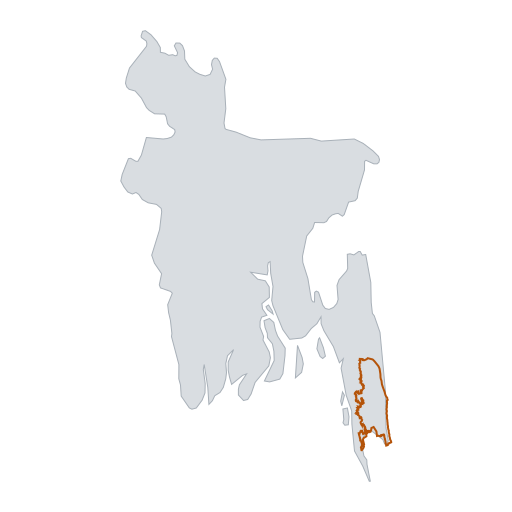 Bandarban, Chittagong, Bangladesh (highlighted)
{"feature_id": "16705992B23463827258150", "entity_name": "Bandarban", "entity_type": "district", "adm_level": 2, "iso_a3": "BGD", "parent_name": "Bangladesh", "parent_adm1": "Chittagong", "projection": "equal_earth", "projection_center": [92.198, 21.77], "detail": "fine", "context": "in_parent", "style": "outline", "palette": "amber", "viewbox_px": 512, "rotation_deg": 0, "n_neighbors": 0, "source": "geoboundaries", "source_scale": "gbopen_adm2", "svg_char_len": 9524}
<svg xmlns="http://www.w3.org/2000/svg" viewBox="0 0 512 512"><path d="M178.8,378.8L178.9,364.6L171.5,336.6L171.9,333.5L170.4,320.1L168.6,312.6L167.7,304.7L172.3,293.2L170.5,291.4L160.5,287.9L159.3,284.9L161.6,273.7L154.4,263.1L151.7,255.2L159.6,229.6L161.7,211.8L161.2,208.4L156.5,204.4L148.2,202.8L142.3,199.5L138.9,194.5L136.0,192.5L132.4,194.0L127.8,192.0L124.0,187.0L120.8,181.0L122.2,174.4L128.4,158.7L130.7,158.3L135.9,161.3L137.9,161.3L141.4,155.1L146.4,137.5L163.2,139.0L167.3,138.5L171.5,137.1L173.8,134.8L175.1,132.0L174.7,129.6L169.6,126.3L167.6,123.8L166.2,116.8L164.7,114.1L154.6,113.8L149.3,110.5L146.5,107.6L141.4,98.1L135.2,91.0L129.1,89.3L126.8,87.0L125.5,83.4L126.3,78.1L129.5,68.0L146.5,46.3L146.9,43.8L146.3,41.1L141.4,37.6L141.1,35.9L142.6,31.3L145.4,30.7L151.1,34.9L156.9,41.6L160.3,47.5L160.4,52.3L164.9,53.2L168.7,55.3L172.7,54.7L175.2,55.8L176.9,55.4L177.6,52.7L174.3,45.8L176.0,43.0L179.8,43.1L182.5,45.7L184.5,51.0L184.8,59.2L189.3,66.6L195.1,71.9L199.8,74.3L205.3,76.0L210.1,74.4L212.6,69.2L211.5,64.6L212.3,60.4L214.3,58.1L217.2,58.3L219.5,61.6L225.9,79.3L224.5,87.2L225.8,108.7L224.0,123.0L225.0,128.5L226.1,129.4L236.0,132.1L250.2,137.8L261.1,139.9L310.5,138.3L321.3,141.1L354.3,139.0L363.3,143.5L373.0,150.9L378.5,156.4L379.5,159.6L378.9,162.3L377.1,163.8L373.7,163.8L366.0,160.3L364.6,161.3L364.5,169.9L358.2,191.4L357.3,198.1L355.1,200.7L348.6,202.1L344.2,214.6L342.4,216.2L338.2,213.4L335.5,213.8L332.1,215.0L328.8,217.9L326.5,221.5L323.9,222.7L314.6,222.5L312.8,228.3L306.7,236.0L302.5,256.2L302.8,262.4L307.9,278.6L311.4,299.7L312.8,301.8L314.5,302.0L314.7,292.3L316.3,291.1L318.5,292.2L322.8,305.2L325.3,308.5L329.1,309.4L333.5,307.4L336.8,303.6L338.1,299.5L337.0,285.4L339.1,279.6L346.6,271.0L347.7,268.4L347.3,254.3L350.1,253.8L353.9,254.9L358.7,251.5L360.2,251.5L362.2,255.1L365.7,254.5L370.8,282.5L371.2,302.4L372.4,313.4L374.3,315.9L380.0,332.4L385.4,390.8L386.0,428.0L388.3,440.7L386.4,443.5L384.6,444.0L382.9,439.6L370.6,430.2L367.7,431.1L363.5,436.6L361.8,441.7L362.5,448.8L363.9,455.9L366.8,459.9L367.0,464.4L370.3,481.2L369.3,481.3L362.7,466.0L354.5,451.0L351.9,424.1L351.7,410.9L346.2,395.3L341.1,368.2L343.3,358.7L339.4,362.8L333.4,346.6L323.9,330.7L321.1,323.7L321.0,316.8L316.9,323.7L311.3,328.5L305.6,335.8L301.8,338.0L289.7,339.3L282.8,329.6L273.0,305.8L271.7,300.5L273.0,286.5L270.7,273.3L270.1,261.6L268.3,262.7L267.6,265.9L268.0,270.8L267.2,274.9L250.6,272.2L257.7,279.2L265.3,280.8L269.2,287.0L269.4,297.4L261.9,303.6L262.5,308.9L266.9,315.3L261.6,317.1L260.1,321.3L260.0,327.2L263.6,336.4L263.0,340.0L269.2,352.0L270.4,357.7L268.8,365.9L255.1,382.4L251.1,394.0L247.7,399.5L243.5,400.5L238.4,395.0L238.4,389.3L239.4,384.8L246.6,373.9L242.7,375.3L231.6,384.4L229.5,377.0L228.2,370.3L228.2,362.0L233.6,349.6L227.5,355.7L225.8,363.5L226.5,372.6L225.7,379.0L223.3,387.4L220.0,392.5L214.8,395.7L212.4,400.7L208.9,404.4L207.8,387.4L204.2,364.5L203.3,369.4L205.2,383.6L205.0,392.9L202.1,400.2L196.3,408.0L191.9,409.2L189.3,407.9L181.2,396.1L180.5,385.0L178.8,378.8ZM279.8,379.1L269.6,381.9L264.4,381.0L274.2,360.5L273.9,351.3L272.4,343.8L267.5,337.7L267.3,333.4L265.1,327.6L264.0,320.7L269.4,318.5L273.8,322.4L275.4,330.2L277.6,336.1L285.2,348.1L285.0,355.5L282.9,373.6L279.8,379.1ZM301.6,372.4L295.4,377.9L297.5,345.4L302.1,357.5L303.3,363.9L301.6,372.4ZM325.4,356.2L322.7,358.5L320.1,356.5L316.9,348.8L318.5,339.2L319.6,337.8L323.4,347.7L325.4,356.2ZM348.3,424.8L344.8,425.2L343.0,422.8L343.8,419.6L342.9,409.0L347.4,408.0L349.0,416.8L348.3,424.8ZM344.4,395.3L341.8,405.8L340.7,401.1L342.5,391.9L344.4,395.3ZM272.1,310.7L273.1,314.1L267.5,309.7L266.0,306.7L268.5,305.0L272.1,310.7Z" fill="#d9dde1" stroke="#a8b0b8" stroke-width="1"/><path d="M387.2,397.8L386.2,396.5L385.6,395.4L385.1,393.8L384.6,391.9L382.8,387.0L381.9,384.2L381.5,380.8L380.8,378.9L380.5,377.2L380.4,374.1L379.6,368.9L379.1,367.5L378.3,366.0L374.7,361.5L373.1,359.8L372.5,359.4L367.7,358.2L366.7,359.2L364.4,360.2L363.5,360.2L362.7,360.1L362.7,359.7L362.8,359.2L362.3,359.0L359.8,358.9L359.8,359.9L359.7,360.0L360.1,360.1L360.3,360.8L360.2,361.0L360.2,361.5L360.1,361.4L360.0,362.9L359.3,363.7L359.5,364.2L359.4,365.2L359.7,365.9L359.6,366.3L359.6,367.3L359.3,367.8L359.7,368.5L360.0,368.8L359.9,369.0L359.8,370.0L360.1,370.3L360.2,370.9L360.5,371.0L360.9,371.9L360.8,372.2L360.8,372.4L360.4,373.2L360.7,373.6L360.8,374.6L361.2,374.6L361.3,375.1L360.7,376.1L360.8,376.5L361.1,376.5L361.0,376.8L361.3,376.9L361.4,377.3L361.2,377.9L360.5,378.3L360.4,378.7L360.1,378.8L359.9,378.5L359.5,379.0L359.8,379.2L360.9,379.5L360.8,379.9L360.4,380.3L360.4,380.7L360.9,380.6L360.9,380.9L361.6,381.1L361.5,381.6L361.2,382.0L361.2,382.3L360.7,382.7L361.0,382.8L361.3,383.2L361.3,383.4L361.7,384.2L361.9,383.9L362.0,384.0L362.6,384.2L362.7,384.7L363.1,384.7L363.1,385.5L363.7,385.5L363.9,385.7L363.8,386.1L363.2,386.2L363.0,387.0L363.6,387.4L363.6,387.8L363.8,388.1L362.7,389.2L362.5,389.8L362.8,389.9L362.2,390.0L362.1,390.4L361.9,390.6L361.6,390.5L361.5,390.3L361.0,390.2L360.6,390.4L360.6,390.6L360.8,390.8L360.8,391.4L361.0,391.5L360.9,392.0L361.3,392.8L361.5,392.7L361.5,393.2L361.1,393.3L360.9,393.1L360.1,393.4L359.9,393.3L359.7,393.5L359.3,393.5L358.9,393.9L358.3,393.4L358.2,392.9L357.9,392.9L357.8,392.7L357.9,392.2L358.1,392.1L358.0,391.8L358.3,391.5L358.2,391.3L357.7,391.5L357.5,392.0L357.1,392.3L356.9,392.0L356.8,392.3L356.4,392.0L356.0,392.4L355.7,392.1L354.8,393.3L354.8,393.8L355.4,393.9L355.5,394.3L355.7,394.5L355.7,394.8L356.0,394.9L355.9,395.8L356.2,395.8L356.1,396.1L356.3,396.9L356.1,397.3L356.3,397.6L356.5,398.7L356.4,399.2L356.0,399.3L355.8,399.8L356.0,400.0L355.8,400.5L356.0,401.1L356.6,401.1L357.0,401.3L357.3,401.2L357.3,401.8L357.6,402.4L358.5,402.3L358.6,402.1L358.8,402.1L358.8,401.9L359.5,402.9L359.6,403.5L360.0,403.6L360.5,403.4L361.0,403.8L361.0,403.4L361.5,403.1L361.5,402.7L361.8,402.5L362.0,402.7L362.0,403.5L362.4,403.7L362.4,403.3L362.1,402.2L362.1,401.9L361.8,401.5L361.9,401.0L361.7,400.8L361.8,400.2L361.5,399.6L361.3,399.4L361.1,398.7L361.2,398.3L361.8,398.1L362.1,398.7L362.0,399.3L361.8,399.1L362.1,399.6L362.2,400.3L362.4,400.3L362.5,399.9L362.8,399.9L363.0,400.4L363.3,400.5L363.2,401.5L363.4,402.4L363.7,402.9L363.2,403.2L362.9,402.9L362.7,403.0L362.5,403.8L362.3,403.9L361.9,403.5L361.9,402.7L361.6,402.7L361.5,403.2L361.1,403.5L361.0,404.0L360.7,404.3L360.7,404.8L360.4,405.9L360.5,406.1L360.4,406.1L360.5,406.4L360.7,406.7L360.5,407.0L359.8,406.9L359.5,407.1L359.4,406.8L358.1,406.5L358.4,407.1L357.9,407.0L357.7,407.3L358.0,407.6L358.2,408.3L357.5,408.2L357.9,408.8L358.0,409.3L357.6,409.1L357.4,409.3L357.2,409.6L357.3,410.0L357.2,410.2L356.7,410.6L357.0,411.0L357.2,410.9L357.3,411.6L357.1,411.8L357.5,411.8L357.5,412.0L357.8,412.4L357.6,412.4L357.6,412.8L357.2,413.0L357.9,413.1L358.0,413.6L357.1,414.1L357.6,414.3L357.8,414.9L358.6,415.1L358.8,415.6L359.5,416.1L359.7,417.0L359.6,417.5L359.9,417.6L359.9,417.9L360.6,417.5L360.7,417.1L361.1,417.1L361.4,417.6L361.4,418.2L361.2,418.5L361.4,418.6L361.4,418.8L361.6,419.1L361.7,419.7L362.1,420.0L361.7,421.1L361.0,421.6L360.8,422.0L360.6,422.2L360.6,422.8L361.0,423.7L361.3,423.9L361.2,424.3L361.5,424.8L362.0,424.5L361.9,424.8L362.1,425.3L362.2,424.6L362.5,424.5L362.6,424.2L363.1,424.3L363.1,425.2L363.5,425.0L364.0,425.1L364.0,425.5L364.3,425.8L364.3,426.7L364.6,427.1L364.7,426.8L364.9,426.8L364.9,427.1L365.2,427.3L365.3,427.6L365.2,428.0L365.4,428.5L365.2,428.8L365.5,429.2L365.0,429.1L365.1,429.5L364.7,429.6L364.9,430.1L364.9,431.0L365.4,431.2L365.2,432.2L365.7,432.6L365.7,433.2L365.1,433.5L364.2,433.2L363.8,433.7L363.1,434.0L362.9,433.5L362.9,433.1L362.7,432.8L362.3,431.2L362.0,431.4L361.8,430.8L361.1,430.9L360.9,430.8L360.4,431.3L360.4,431.8L360.3,432.0L360.4,432.3L359.8,432.8L359.7,433.3L359.3,433.0L358.7,433.2L358.8,433.5L359.0,434.8L359.4,435.9L359.7,437.3L359.8,437.2L360.0,437.7L360.2,439.1L360.2,439.4L360.3,439.3L360.5,439.5L360.5,440.2L361.1,441.2L361.3,441.3L361.3,442.0L361.7,442.3L361.6,442.6L361.9,443.1L361.8,443.4L361.9,443.5L362.4,443.4L362.6,443.8L362.4,443.9L362.5,444.3L361.9,444.9L362.0,445.1L361.7,445.9L361.8,446.3L361.2,446.8L361.2,447.2L361.0,447.4L361.1,447.6L361.0,447.8L361.1,448.2L361.2,448.5L361.3,449.0L361.5,449.1L361.3,449.8L361.5,450.2L361.8,450.2L362.1,449.6L363.1,448.5L363.4,447.9L363.6,447.1L363.8,447.0L364.0,446.5L363.6,445.2L364.1,444.5L362.9,439.6L363.7,438.0L366.4,436.3L366.3,434.1L367.1,433.3L367.0,431.1L368.4,430.9L368.7,431.7L369.0,431.4L369.4,431.9L369.7,431.6L370.5,431.8L370.6,431.7L370.5,431.2L370.4,431.4L370.4,430.8L370.8,430.7L371.1,430.5L371.4,428.0L373.6,427.0L376.4,431.4L377.0,436.0L378.2,435.7L380.5,436.3L381.2,436.1L381.1,435.1L382.6,434.8L382.6,435.1L383.0,435.2L383.4,434.9L383.8,434.5L384.0,434.6L384.3,435.5L384.2,436.1L384.4,436.7L384.5,437.8L384.9,438.5L384.8,439.2L385.1,439.7L385.4,441.2L385.6,442.1L385.5,442.5L385.6,443.4L385.9,443.9L386.2,445.6L387.2,445.3L387.4,445.2L387.8,445.0L387.7,444.5L388.2,444.0L388.2,443.6L388.3,443.6L388.9,443.2L389.1,443.3L389.3,443.0L389.5,443.1L391.2,442.3L391.1,441.3L390.2,439.6L389.8,437.4L389.4,436.5L389.3,435.1L389.4,434.4L389.0,433.3L388.7,431.7L388.8,431.0L388.7,430.9L388.7,430.3L388.3,429.6L388.3,429.1L387.9,427.3L388.0,426.8L388.0,426.3L387.6,424.2L387.6,422.9L387.4,421.7L387.3,419.9L387.0,418.8L386.9,417.0L387.1,415.8L386.5,413.3L386.9,411.2L386.8,410.5L386.5,409.5L386.7,407.9L386.9,407.3L386.7,406.3L386.9,406.0L386.8,405.3L387.1,403.3L387.0,402.4L386.9,402.2L387.0,400.5L387.7,399.9L387.6,399.6L387.3,399.3L387.2,397.8Z" fill="none" stroke="#b45309" stroke-width="2"/></svg>